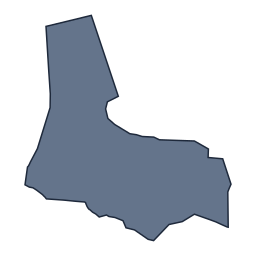 the district of Bayancagaan, Bayanhongor, Mongolia
{"feature_id": "93677404B22663539773144", "entity_name": "Bayancagaan", "entity_type": "district", "adm_level": 2, "iso_a3": "MNG", "parent_name": "Mongolia", "parent_adm1": "Bayanhongor", "projection": "orthographic", "projection_center": [98.843, 45.297], "detail": "fine", "context": "isolated", "style": "filled", "palette": "slate", "viewbox_px": 256, "rotation_deg": 0, "n_neighbors": 0, "source": "geoboundaries", "source_scale": "gbopen_adm2", "svg_char_len": 1039}
<svg xmlns="http://www.w3.org/2000/svg" viewBox="0 0 256 256"><path d="M91.3,15.4L46.0,26.4L48.7,70.1L50.3,93.9L50.1,107.6L37.4,148.7L30.3,162.2L29.5,164.0L29.1,164.8L29.0,165.0L28.8,165.2L28.7,165.5L28.6,165.8L28.3,166.2L27.5,167.0L25.0,184.8L29.3,187.1L33.0,187.8L36.7,190.2L42.5,194.6L43.9,196.1L44.8,196.9L46.4,198.9L63.8,200.1L75.9,201.3L80.8,201.7L84.7,202.0L85.6,202.7L86.0,204.0L86.4,204.8L86.8,205.9L87.1,206.5L87.9,207.9L88.4,208.5L88.9,209.1L89.1,209.4L89.4,209.5L90.2,209.9L90.7,210.5L91.0,210.7L91.4,211.1L92.5,212.1L94.0,213.0L95.3,213.7L96.0,214.2L99.2,217.0L106.5,215.0L108.9,216.5L115.0,217.5L123.0,220.7L126.0,227.8L134.5,229.9L148.1,239.3L153.6,240.6L169.0,224.5L182.3,221.6L194.4,214.2L209.4,219.5L215.9,221.9L222.2,224.8L227.2,227.0L228.2,227.2L227.8,191.9L229.3,188.1L231.0,184.2L222.7,158.8L208.1,157.5L208.4,149.0L194.4,141.0L159.4,139.8L153.8,137.1L142.2,136.5L136.4,134.7L129.8,133.7L114.7,124.5L107.9,118.5L105.6,108.9L107.4,101.8L118.3,96.3L91.3,15.4Z" fill="#64748b" stroke="#1e293b" stroke-width="1.5"/></svg>